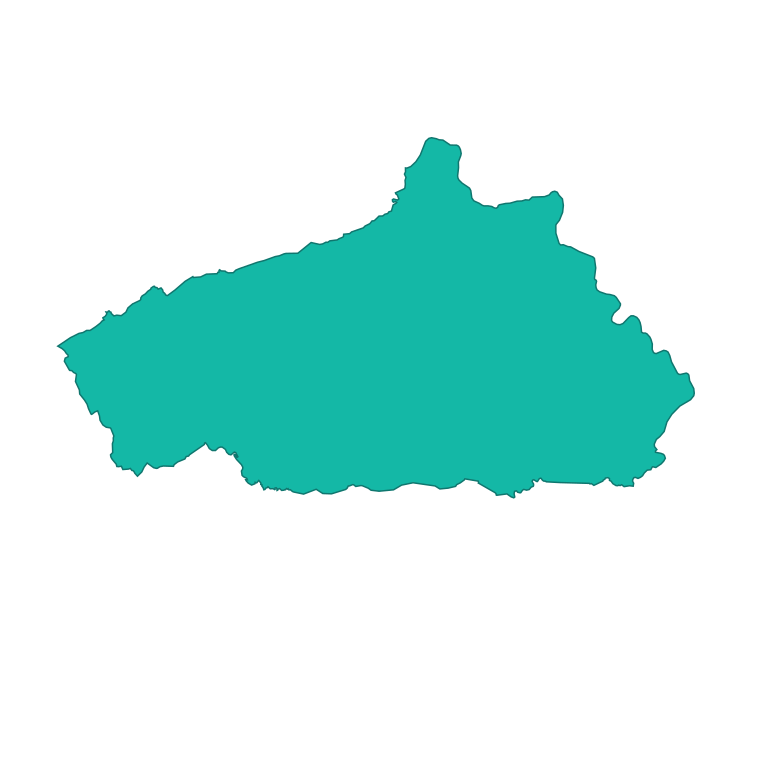 the district of Cu Jut, Đắk Nông, Vietnam, rotated 334°
{"feature_id": "81297802B43064907961903", "entity_name": "Cu Jut", "entity_type": "district", "adm_level": 2, "iso_a3": "VNM", "parent_name": "Vietnam", "parent_adm1": "Đắk Nông", "projection": "albers", "projection_center": [107.738, 12.679], "detail": "fine", "context": "isolated", "style": "filled", "palette": "teal", "viewbox_px": 768, "rotation_deg": 334, "n_neighbors": 0, "source": "geoboundaries", "source_scale": "gbopen_adm2", "svg_char_len": 6171}
<svg xmlns="http://www.w3.org/2000/svg" viewBox="0 0 768 768"><g transform="rotate(334 384 384)"><path d="M107.4,207.0L110.2,211.1L111.5,214.2L111.9,217.5L112.7,219.3L112.2,221.0L108.8,221.0L106.7,223.4L107.3,233.3L107.5,234.0L109.3,235.2L110.1,237.6L111.6,239.5L111.7,240.7L107.8,246.5L107.6,255.8L106.1,259.6L107.8,267.2L108.3,272.0L107.6,276.7L107.5,282.4L107.7,283.0L108.7,283.1L111.8,282.4L114.9,282.6L114.3,287.9L112.9,292.1L113.4,297.6L115.4,301.1L118.8,303.5L119.0,304.2L118.4,312.3L117.0,313.8L115.8,316.5L113.7,318.6L110.1,326.7L107.2,327.7L106.8,328.8L106.5,330.4L106.7,332.7L108.2,338.7L107.7,341.0L109.1,341.9L111.9,342.8L111.8,346.4L116.9,348.4L119.0,348.7L119.5,351.2L120.5,351.9L120.9,353.0L120.9,354.9L122.0,358.8L127.7,356.9L132.0,353.5L136.5,351.2L140.3,358.3L142.5,360.1L143.5,360.4L146.3,360.1L149.8,361.0L158.7,365.7L160.0,364.5L164.4,363.6L172.2,364.1L174.4,362.5L176.8,363.1L178.3,362.3L196.0,359.6L196.9,358.4L197.8,358.5L198.5,361.3L198.7,365.5L200.5,368.5L203.4,369.9L207.3,368.7L209.5,369.0L211.0,369.9L212.8,373.3L212.7,376.4L213.7,379.2L215.4,380.6L219.6,379.6L220.7,380.7L220.8,385.4L220.1,385.6L219.7,385.3L219.5,382.6L218.9,381.7L218.1,381.9L217.9,383.2L218.4,387.2L220.5,394.0L220.6,396.9L219.6,398.5L217.7,399.7L216.4,403.9L217.1,405.8L219.3,408.6L219.2,410.2L217.7,409.4L217.7,410.6L218.5,413.5L220.7,416.8L224.2,417.1L225.1,415.9L225.6,416.8L226.4,417.0L229.2,415.8L229.9,419.1L229.2,420.3L230.1,421.3L229.5,422.1L229.9,424.3L229.6,426.4L230.7,426.6L232.5,425.7L233.5,426.0L234.7,425.5L235.8,428.3L238.5,429.5L239.4,431.0L239.9,431.0L240.5,429.7L241.6,430.0L241.9,430.9L241.2,432.8L242.0,432.8L242.8,432.0L244.3,432.2L245.4,434.8L247.7,435.6L248.4,435.4L249.1,435.9L250.5,435.2L251.1,436.2L251.9,436.0L252.1,437.5L253.5,438.0L254.6,440.5L255.5,441.5L263.5,447.7L276.9,448.9L281.0,455.6L288.7,459.7L303.4,462.0L305.4,461.4L307.1,460.0L308.4,460.5L311.8,460.7L312.5,461.2L313.7,463.7L318.6,465.1L319.8,465.8L324.2,470.8L325.8,473.8L332.6,478.2L346.2,483.3L355.5,482.6L366.8,485.5L385.2,498.0L388.2,502.8L396.0,505.7L403.5,507.4L405.2,506.3L409.2,506.3L414.2,505.4L415.1,504.7L426.1,512.6L425.8,514.2L425.4,514.4L436.1,530.2L436.5,531.1L436.6,532.4L436.2,532.8L436.5,533.4L446.3,536.7L448.8,541.2L450.8,543.2L452.0,542.9L452.8,539.7L454.3,537.7L456.2,538.1L456.7,539.9L458.6,541.5L459.4,541.6L461.9,540.2L463.4,540.0L465.6,541.9L468.2,542.5L471.2,541.2L473.2,541.4L473.8,541.0L474.6,539.5L474.4,536.5L475.4,535.6L476.7,535.7L478.4,538.5L479.2,538.9L481.8,537.3L483.3,537.2L483.9,537.7L484.2,539.8L484.9,541.2L486.7,542.3L486.9,543.0L499.3,549.9L525.0,563.3L525.3,564.1L526.7,564.4L528.2,567.1L538.1,567.2L539.1,566.4L540.6,566.5L541.7,565.6L544.2,566.3L545.2,567.8L544.4,569.5L545.5,570.9L546.0,573.9L548.0,577.0L549.6,577.9L550.6,577.8L551.7,578.8L553.4,578.7L554.8,581.5L560.1,583.1L563.2,585.1L564.9,582.6L564.8,580.5L565.6,579.0L567.6,577.7L569.0,578.1L570.9,580.2L573.6,580.3L576.2,579.8L578.9,578.1L582.8,576.8L586.2,578.0L588.5,576.3L589.3,576.2L591.7,578.2L598.1,577.3L601.5,576.0L604.3,574.1L604.7,571.2L604.3,569.7L602.6,567.8L598.1,564.4L598.8,563.0L600.5,562.6L599.7,558.8L600.6,556.5L604.5,553.2L608.8,552.2L615.0,549.5L621.7,542.1L629.4,537.4L640.3,533.5L652.7,532.5L657.3,530.3L658.8,528.3L660.4,523.9L660.1,515.1L661.9,509.6L661.5,507.9L660.4,506.7L654.4,505.3L653.1,504.3L652.5,502.8L652.1,490.2L653.3,483.7L653.3,479.8L652.2,478.0L650.2,476.4L642.1,476.0L640.6,475.0L640.0,473.5L640.2,470.5L642.7,465.7L643.5,460.9L643.5,458.3L642.3,454.1L641.1,452.7L639.3,451.9L638.2,450.3L640.2,445.0L641.1,441.2L641.2,438.1L640.4,434.9L638.1,432.1L635.9,431.0L633.0,431.6L625.4,434.4L622.2,434.2L619.4,432.5L616.6,428.5L616.4,426.6L618.1,423.7L621.6,421.1L628.4,419.1L631.1,416.7L631.7,415.5L630.7,407.9L629.7,405.6L626.3,402.6L623.4,400.8L618.2,395.6L616.7,392.8L616.9,390.2L617.8,387.7L620.1,384.8L620.1,383.6L619.3,382.5L619.5,381.2L625.2,372.5L628.2,363.3L627.4,361.3L617.3,350.3L611.9,342.6L609.5,341.1L606.2,337.4L603.7,336.5L603.0,334.4L604.6,323.8L607.9,316.9L608.7,316.0L613.5,313.7L619.8,308.0L623.5,302.1L625.5,295.9L624.0,291.0L623.8,287.6L622.0,285.6L619.8,285.1L618.0,285.3L615.4,286.5L610.4,286.0L599.2,281.0L595.0,282.3L591.9,280.5L588.1,279.9L583.7,278.0L576.4,276.7L572.6,275.1L566.3,273.5L565.0,273.7L563.6,275.0L561.8,275.2L560.2,273.9L558.7,271.7L555.6,269.5L552.0,267.8L550.7,266.5L548.8,263.3L545.2,259.0L544.8,257.6L544.5,255.2L546.8,248.2L546.7,245.4L542.2,237.6L540.8,233.5L540.7,231.5L541.4,229.2L545.8,222.3L548.2,217.0L553.1,212.4L554.4,210.7L555.4,207.0L555.5,204.2L555.1,202.6L554.0,201.2L548.3,198.3L543.9,190.6L540.6,188.7L538.5,186.4L534.7,183.5L532.0,182.9L527.9,184.1L517.0,194.1L510.1,198.2L503.4,200.3L499.3,200.0L498.0,199.2L496.3,202.8L494.4,204.3L494.3,208.0L492.2,210.2L490.7,213.9L488.7,217.0L487.5,217.4L478.1,217.2L478.0,218.3L478.8,220.0L478.5,224.1L476.8,224.6L473.7,221.9L472.4,222.0L471.8,223.4L472.1,224.7L474.5,225.1L475.1,226.4L474.2,226.8L470.7,227.1L466.5,231.8L463.8,231.4L462.0,232.4L459.3,231.8L456.5,232.4L453.1,230.9L447.4,232.8L446.5,232.9L444.7,232.2L441.6,233.7L436.3,233.7L433.8,234.6L421.6,233.1L419.0,233.8L413.4,231.7L412.3,233.6L411.2,234.0L407.3,233.7L405.1,234.0L398.1,231.6L395.5,232.0L394.0,231.1L390.3,231.2L387.4,230.4L380.5,224.9L363.9,228.7L353.2,223.7L351.2,223.2L346.2,222.9L342.1,221.8L330.3,220.5L323.6,219.1L304.5,216.9L300.7,216.7L297.3,217.9L292.8,215.9L291.2,214.1L290.7,212.9L287.1,210.9L286.4,209.3L285.6,209.5L284.6,211.2L283.7,210.8L282.3,211.7L272.5,207.4L266.1,207.4L259.4,204.7L259.3,203.7L250.3,204.5L237.4,207.9L228.2,209.6L227.0,208.7L226.6,206.2L225.8,204.6L226.3,202.3L225.7,199.9L222.6,199.7L222.2,197.8L220.7,196.9L220.6,195.6L219.5,195.2L216.6,195.7L215.9,196.6L212.4,197.1L209.1,198.4L205.2,198.8L203.3,199.9L202.3,201.5L201.1,201.9L193.2,201.8L187.3,203.3L183.5,206.3L177.8,207.4L174.0,205.0L171.1,204.4L169.8,201.0L170.1,199.8L169.3,199.0L169.0,197.8L168.3,197.6L167.0,198.3L165.7,197.4L165.7,199.2L165.2,199.8L162.9,201.0L160.4,201.2L160.2,202.2L160.6,203.7L158.2,203.8L155.7,204.9L150.1,206.1L143.3,207.0L140.3,205.5L136.0,205.8L132.0,204.8L122.4,204.9L107.4,207.0Z" fill="#14b8a6" stroke="#0f766e" stroke-width="1.5"/></g></svg>